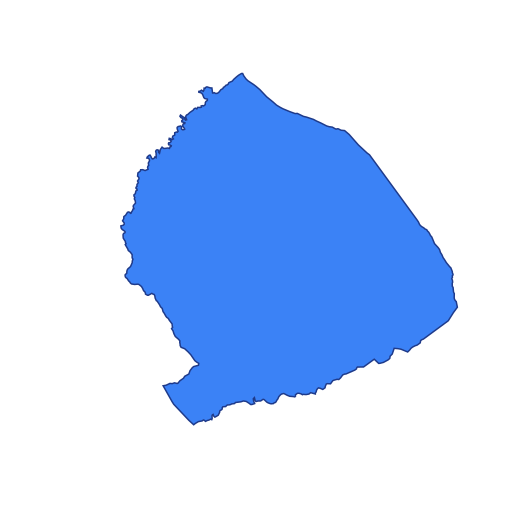 Kitui West, Eastern, Kenya (Equal Earth projection), rotated 144°
{"feature_id": "3690345B81121704285473", "entity_name": "Kitui West", "entity_type": "district", "adm_level": 2, "iso_a3": "KEN", "parent_name": "Kenya", "parent_adm1": "Eastern", "projection": "equal_earth", "projection_center": [37.929, -1.241], "detail": "fine", "context": "isolated", "style": "filled", "palette": "blue", "viewbox_px": 512, "rotation_deg": 144, "n_neighbors": 0, "source": "geoboundaries", "source_scale": "gbopen_adm2", "svg_char_len": 6149}
<svg xmlns="http://www.w3.org/2000/svg" viewBox="0 0 512 512"><g transform="rotate(144 256 256)"><path d="M405.6,156.1L403.5,156.2L400.0,155.9L396.4,154.2L395.5,154.3L394.7,154.1L394.3,153.1L394.1,151.9L392.2,151.6L390.4,150.9L388.6,150.7L388.0,149.6L387.1,150.2L385.5,152.6L384.5,153.2L383.7,153.0L384.3,151.4L384.0,149.8L381.6,149.5L380.1,149.4L377.3,150.9L376.6,151.8L375.6,152.1L374.3,151.8L373.3,152.1L372.4,153.2L371.4,153.5L369.0,152.0L367.8,152.3L366.7,152.3L365.4,151.4L363.7,150.7L362.8,150.7L360.0,149.2L358.8,149.6L353.9,146.9L351.4,146.1L349.4,144.1L348.0,140.5L347.7,139.1L346.7,138.3L343.8,137.4L343.3,139.9L342.1,142.1L340.5,142.4L341.7,139.5L341.6,138.3L339.6,137.5L337.4,136.0L334.5,135.9L333.8,135.0L333.2,131.6L332.6,130.2L331.2,128.1L330.3,127.3L328.5,126.3L327.4,126.6L326.5,126.1L325.7,126.2L323.6,127.2L322.6,127.4L320.2,128.8L317.8,129.3L316.5,129.3L314.3,128.4L312.7,125.1L311.2,122.7L308.4,120.3L307.4,119.2L306.4,119.4L305.8,120.5L303.4,120.6L302.6,120.2L301.9,119.7L300.5,117.9L300.0,116.5L299.2,116.4L297.0,114.5L294.3,113.2L292.1,113.3L289.1,109.5L288.4,110.4L287.4,110.6L285.5,112.1L284.2,112.5L283.0,112.6L282.0,111.5L280.4,108.8L277.6,108.8L276.7,109.7L274.4,111.1L273.5,110.9L270.8,108.8L267.2,110.0L266.2,109.8L262.9,108.6L261.6,107.4L259.2,107.7L255.8,108.8L253.8,108.4L252.6,107.7L243.1,105.6L241.1,105.6L240.3,106.3L239.3,106.6L234.2,103.0L221.0,103.0L219.9,97.0L218.7,96.3L215.4,95.0L210.1,94.3L208.0,94.5L206.4,96.1L203.4,96.6L198.5,100.1L195.5,97.5L193.5,95.4L189.7,89.2L187.0,89.6L185.0,90.2L183.1,90.3L180.2,89.9L178.0,89.2L174.2,89.2L172.5,90.8L170.9,90.8L169.5,90.4L138.5,90.6L129.5,94.2L123.2,96.2L120.8,101.4L121.0,103.0L120.7,104.8L120.0,106.0L117.7,109.0L117.4,110.7L115.0,114.8L115.0,116.1L113.2,118.7L112.3,119.2L111.3,121.0L111.0,122.6L109.6,123.3L108.9,124.6L108.1,124.7L107.4,125.3L106.9,127.2L106.3,128.1L105.3,132.1L105.6,133.3L105.9,138.7L105.6,142.7L105.6,144.7L104.9,147.6L104.7,150.4L103.7,153.4L103.7,155.7L104.3,161.1L102.6,168.1L102.8,170.0L102.4,172.3L102.3,173.9L102.6,175.3L102.4,176.5L102.8,177.6L103.4,178.5L103.7,180.1L104.7,182.4L105.1,184.2L105.1,185.6L104.6,188.0L104.5,190.6L104.7,271.2L105.6,274.0L107.9,285.7L109.2,299.6L110.6,305.4L113.3,307.8L114.6,310.4L115.4,311.1L116.3,311.4L117.0,312.1L118.5,315.4L120.8,317.6L122.4,319.7L125.3,325.4L127.7,329.6L129.2,332.7L133.5,338.7L135.5,341.0L138.8,347.1L140.6,348.2L143.6,352.6L147.7,359.3L149.1,362.2L150.7,366.0L151.7,370.6L153.8,378.5L155.1,388.4L156.3,393.3L157.1,396.0L159.5,402.4L160.0,405.1L160.0,408.9L159.5,411.5L160.5,412.2L163.8,412.5L166.2,412.4L170.2,412.0L172.4,411.4L176.0,412.2L177.8,411.3L178.9,411.4L179.7,411.8L182.0,411.4L183.3,411.6L184.3,410.9L186.6,411.2L189.8,410.3L191.6,410.3L193.1,411.2L193.8,412.7L194.6,412.9L195.3,413.4L192.9,417.9L194.1,418.8L196.3,421.7L197.8,422.0L198.6,421.5L199.3,422.3L200.8,420.7L201.9,420.2L202.6,422.2L204.1,422.2L205.5,422.8L206.0,422.0L205.1,421.1L204.2,419.5L204.3,417.8L205.1,414.8L204.9,413.5L203.1,411.5L203.9,410.5L205.8,410.4L206.8,409.9L208.1,408.3L210.2,408.2L211.0,409.2L212.2,409.6L212.7,408.5L213.6,408.8L215.8,410.5L217.4,409.8L218.1,411.2L219.4,411.5L221.1,410.9L225.0,411.0L228.2,410.6L229.2,410.9L230.2,410.6L231.3,409.7L232.0,407.0L233.1,407.3L233.2,408.6L232.6,410.2L233.2,411.3L234.2,414.4L235.4,413.8L235.4,412.2L234.8,411.0L234.5,409.7L235.4,409.2L236.4,409.2L237.1,408.2L235.2,405.5L235.9,405.0L236.7,405.6L237.6,405.5L238.5,404.7L239.0,403.5L238.9,401.7L239.1,400.5L240.1,400.6L241.1,401.2L241.7,402.4L241.0,403.6L240.2,404.3L240.4,405.4L242.9,406.5L244.2,406.4L245.0,405.3L245.8,402.6L246.9,402.4L247.5,403.1L249.3,403.5L250.7,401.6L252.9,401.9L254.0,401.0L254.0,399.3L255.6,399.5L255.9,400.9L257.0,402.2L258.0,401.3L257.0,400.1L257.3,398.6L258.1,398.3L259.2,398.3L260.1,398.9L261.0,398.2L261.2,397.1L260.3,396.3L259.7,395.0L260.4,394.5L261.2,394.9L262.8,393.9L263.7,395.1L266.5,396.6L267.5,397.4L268.0,399.3L270.7,398.4L273.7,395.8L273.9,397.1L272.7,398.9L273.6,400.1L274.7,400.2L275.7,399.6L276.4,397.8L277.4,396.5L278.2,395.2L279.1,394.3L279.5,395.6L280.9,395.0L281.8,395.0L282.8,395.5L282.8,397.0L282.5,398.3L282.4,400.0L283.3,400.3L285.6,400.1L286.7,399.4L285.5,398.2L285.5,396.9L286.2,395.6L288.5,394.5L289.6,392.3L290.6,392.2L291.6,391.5L292.3,389.6L295.5,390.3L296.8,392.3L298.6,393.6L299.7,392.7L302.7,392.6L304.9,390.2L304.6,388.5L305.3,387.2L307.8,386.3L308.0,384.8L309.0,384.1L309.9,384.0L310.6,383.5L311.3,382.3L312.7,382.1L313.3,381.3L312.9,380.1L313.5,379.1L314.4,379.4L315.6,378.7L316.9,377.4L318.8,377.2L319.5,376.2L319.7,374.5L320.9,373.7L321.2,371.7L322.4,369.6L325.4,369.0L326.3,368.2L327.0,366.0L327.9,366.3L329.1,365.4L331.0,364.7L331.7,364.1L332.5,364.3L332.5,365.6L333.3,366.6L334.3,366.9L337.6,365.6L339.7,365.6L341.2,363.8L343.3,362.9L343.2,360.3L343.9,359.2L345.2,358.9L347.6,359.8L348.1,359.0L348.7,357.8L348.7,356.1L347.7,353.5L347.7,352.3L348.7,351.8L349.8,352.1L350.9,351.5L351.6,350.6L352.9,348.5L353.1,345.8L353.1,344.6L353.8,343.4L353.9,342.3L355.1,342.1L355.6,337.1L356.1,335.5L355.4,332.9L355.4,329.9L357.3,327.3L357.4,325.8L359.1,324.6L360.0,323.4L362.7,321.8L363.8,321.2L367.2,320.9L368.2,320.5L369.3,319.7L370.7,318.0L372.8,317.8L373.5,317.0L374.0,315.8L373.9,314.6L373.5,313.6L373.7,310.8L373.4,309.3L373.5,307.8L373.1,306.5L370.9,304.3L368.2,302.7L367.5,301.9L366.9,299.9L366.6,298.5L366.8,296.3L367.2,294.7L367.3,293.7L367.0,292.5L367.2,291.2L367.8,290.1L366.9,288.1L366.1,287.5L362.2,287.0L361.8,285.8L361.0,284.8L361.3,283.2L362.3,281.3L362.9,278.5L362.5,277.5L362.7,273.2L363.1,271.0L362.7,268.7L363.9,265.6L363.9,263.7L364.3,260.5L364.3,258.9L363.8,257.6L363.7,256.5L363.9,255.1L363.8,250.4L365.0,248.4L365.4,247.3L367.0,246.9L367.1,244.3L368.1,241.3L368.6,238.3L367.6,234.1L367.5,232.1L368.6,230.7L369.1,229.5L370.0,228.1L370.3,226.2L368.2,222.9L367.3,218.5L366.8,214.5L367.0,207.3L366.4,205.1L365.4,202.8L366.8,201.4L371.4,203.2L373.1,203.1L376.8,202.0L379.7,200.0L384.4,200.6L386.5,199.7L390.8,199.8L393.9,199.0L394.7,199.2L396.5,201.3L398.8,202.0L400.5,203.5L404.7,204.3L407.4,205.6L409.5,187.5L409.7,184.4L406.9,162.5L405.6,156.1Z" fill="#3b82f6" stroke="#1e3a8a" stroke-width="1.5"/></g></svg>